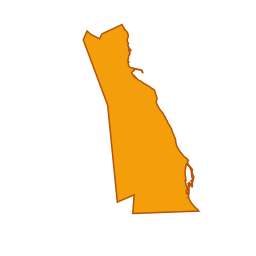 outline of 90, Al Wakrah, Qatar, rotated 335°
{"feature_id": "91078587B10284648984722", "entity_name": "90", "entity_type": "district", "adm_level": 2, "iso_a3": "QAT", "parent_name": "Qatar", "parent_adm1": "Al Wakrah", "projection": "orthographic", "projection_center": [51.614, 25.13], "detail": "fine", "context": "isolated", "style": "filled", "palette": "amber", "viewbox_px": 256, "rotation_deg": 335, "n_neighbors": 0, "source": "geoboundaries", "source_scale": "gbopen_adm2", "svg_char_len": 3027}
<svg xmlns="http://www.w3.org/2000/svg" viewBox="0 0 256 256"><g transform="rotate(335 128 128)"><path d="M87.0,190.7L89.1,190.7L105.3,191.2L96.2,207.5L157.1,233.2L156.9,232.7L156.5,230.8L155.0,227.5L154.3,225.0L153.6,222.0L153.3,216.9L153.1,216.5L153.8,216.5L154.0,215.4L154.7,214.3L156.4,211.7L158.1,207.7L158.0,207.1L158.4,206.7L158.5,206.7L158.6,207.0L159.0,207.0L159.0,206.6L158.7,206.5L158.6,206.2L159.3,206.2L159.5,204.9L160.1,204.8L160.1,203.7L160.5,203.7L160.5,203.3L159.0,203.7L159.2,204.7L158.3,205.1L158.1,206.5L157.9,206.6L157.5,207.2L157.2,207.3L156.6,209.5L156.2,209.9L156.0,211.0L155.4,211.3L155.3,211.7L154.6,213.6L153.8,213.2L153.5,211.7L154.2,211.7L154.0,211.4L154.0,209.5L155.3,209.0L155.9,208.4L157.0,201.8L157.4,201.1L157.6,199.6L158.3,200.0L158.5,199.3L158.8,198.9L160.7,192.7L161.1,192.3L161.8,190.5L162.5,189.7L163.3,188.6L163.4,187.9L164.2,187.7L165.1,185.7L165.3,185.5L166.0,185.3L166.9,188.3L167.3,188.8L167.3,193.8L166.9,194.2L165.0,200.0L165.4,200.8L165.4,201.1L164.8,201.9L162.7,202.6L162.8,204.4L162.6,204.8L161.5,205.2L161.5,206.3L160.8,205.9L161.2,208.5L161.5,208.5L161.7,207.7L162.1,207.4L162.8,205.5L163.9,204.1L165.0,202.6L166.1,201.5L166.9,200.4L167.2,196.4L167.8,193.8L168.5,193.6L168.7,193.4L168.7,192.3L167.8,188.6L167.6,188.5L167.3,186.4L167.5,183.5L169.0,183.1L168.8,181.7L167.7,179.1L167.3,178.7L166.2,176.2L166.2,175.0L165.2,171.7L164.5,165.5L165.2,161.5L166.0,158.9L166.3,158.5L166.7,148.6L167.1,147.9L166.9,145.5L166.7,142.3L166.4,141.2L166.3,140.1L166.4,139.1L166.6,138.5L166.3,136.7L166.1,136.0L166.0,135.5L166.3,135.3L166.4,134.6L166.2,132.5L165.8,131.3L165.9,130.8L166.1,130.2L165.9,130.0L165.6,128.8L165.8,128.6L165.3,127.2L164.8,125.2L164.5,123.6L164.4,121.4L164.3,118.7L164.3,117.4L164.6,116.3L165.1,115.7L165.4,115.4L166.0,114.7L166.6,113.7L166.9,113.1L167.1,112.1L167.3,110.3L167.5,108.4L167.8,106.7L168.0,104.9L167.7,104.0L167.2,103.6L166.8,102.9L166.5,102.3L165.9,101.6L165.4,100.6L164.9,99.4L164.1,98.5L163.5,97.6L162.9,96.7L162.5,95.9L161.9,95.2L161.3,94.3L160.5,93.1L160.1,92.1L159.6,91.2L158.8,90.3L158.0,89.2L157.3,88.2L156.9,87.2L156.7,86.2L156.6,85.8L157.0,85.7L156.0,85.7L155.9,85.6L155.7,85.0L155.9,84.7L156.1,84.6L155.8,83.4L155.3,83.6L155.1,83.3L154.7,79.3L155.9,78.8L157.1,78.5L157.9,78.6L158.0,78.5L157.6,78.2L158.4,76.8L164.5,81.4L164.5,83.8L164.8,84.1L165.0,83.8L164.9,81.3L155.8,74.2L155.2,73.6L155.0,72.7L155.0,71.6L155.3,70.1L155.9,68.5L156.7,68.6L156.8,68.0L156.1,67.7L156.5,66.3L157.2,66.0L159.4,62.4L160.1,62.5L161.6,60.8L161.3,60.4L161.3,59.3L161.5,59.1L163.3,59.1L163.5,58.9L163.3,57.8L161.8,57.8L161.8,56.7L162.9,56.7L162.8,53.1L163.0,52.3L163.7,52.1L164.2,51.6L164.2,50.9L163.7,49.8L164.0,49.5L164.3,49.0L164.4,47.4L165.1,46.9L165.8,46.5L166.6,45.4L167.4,44.2L167.7,43.0L167.6,42.2L167.8,41.9L167.8,41.4L167.7,40.3L167.0,38.3L166.9,37.6L166.3,37.3L166.5,36.6L166.6,35.7L166.4,34.4L166.3,33.1L166.3,31.7L144.2,31.7L139.9,35.1L133.8,27.3L131.9,22.8L124.7,29.2L119.2,98.7L87.0,190.7Z" fill="#f59e0b" stroke="#b45309" stroke-width="1.5"/></g></svg>